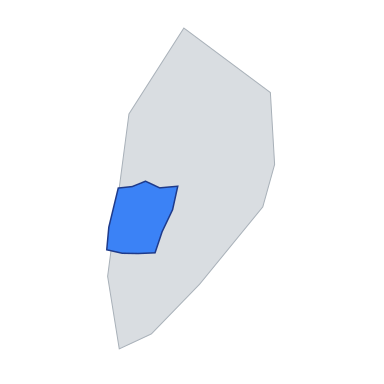 location of Dennery within Saint Lucia, rotated 185°
{"feature_id": "LCA-5080", "entity_name": "Dennery", "entity_type": "Quarter", "adm_level": 1, "iso_a3": "LCA", "parent_name": "Saint Lucia", "parent_adm1": "", "projection": "mercator", "projection_center": [-60.918, 13.94], "detail": "fine", "context": "in_parent", "style": "filled", "palette": "blue", "viewbox_px": 384, "rotation_deg": 185, "n_neighbors": 0, "source": "natural_earth", "source_scale": "10m", "svg_char_len": 507}
<svg xmlns="http://www.w3.org/2000/svg" viewBox="0 0 384 384"><g transform="rotate(185 192 192)"><path d="M261.6,264.3L214.4,354.6L122.6,297.9L112.1,226.6L120.2,183.3L176.4,100.8L220.1,47.1L250.8,29.4L268.7,100.6L261.6,264.3Z" fill="#d9dde1" stroke="#a8b0b8" stroke-width="1"/><path d="M271.9,127.0L271.8,149.7L265.8,189.5L252.0,192.2L239.3,198.7L224.6,193.3L206.7,196.5L209.8,172.7L218.3,149.9L223.5,128.2L240.4,126.0L256.2,124.9L271.9,127.0Z" fill="#3b82f6" stroke="#1e3a8a" stroke-width="1.5"/></g></svg>